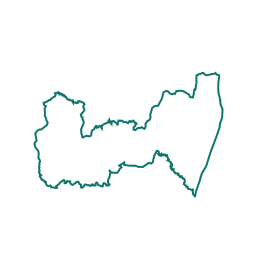 Cape Coast Metropolitan, Central, Ghana, rotated 292°
{"feature_id": "2480657B31989943834082", "entity_name": "Cape Coast Metropolitan", "entity_type": "district", "adm_level": 2, "iso_a3": "GHA", "parent_name": "Ghana", "parent_adm1": "Central", "projection": "albers", "projection_center": [-1.304, 5.176], "detail": "fine", "context": "isolated", "style": "outline", "palette": "teal", "viewbox_px": 256, "rotation_deg": 292, "n_neighbors": 0, "source": "geoboundaries", "source_scale": "gbopen_adm2", "svg_char_len": 5792}
<svg xmlns="http://www.w3.org/2000/svg" viewBox="0 0 256 256"><g transform="rotate(292 128 128)"><path d="M45.2,83.6L46.0,84.6L46.9,83.2L47.4,83.3L47.7,83.8L48.7,84.0L50.0,85.0L51.9,85.4L53.6,86.7L54.9,87.1L55.7,87.9L55.7,88.4L55.1,89.0L53.2,89.8L53.1,90.2L53.8,91.2L56.0,91.4L55.9,92.3L56.7,93.9L56.8,94.5L55.4,95.0L54.9,95.5L54.4,97.7L55.4,98.8L56.5,99.2L57.9,100.3L58.5,100.3L59.6,102.0L57.9,104.1L57.8,105.6L55.9,106.3L55.2,107.0L55.3,107.7L57.4,109.0L57.9,108.7L58.7,109.2L59.3,109.2L59.9,110.4L59.8,112.2L60.5,113.2L60.1,113.8L60.2,114.7L61.2,116.1L61.7,115.5L62.2,115.7L62.5,116.6L62.0,117.2L61.9,118.1L62.6,119.4L63.8,118.8L64.7,119.1L65.6,119.1L65.7,119.8L65.4,120.3L64.0,121.6L64.0,123.3L64.2,124.1L63.9,125.2L64.4,126.2L64.7,125.9L65.3,126.2L66.2,126.0L66.9,126.2L67.3,125.9L67.9,126.2L67.9,127.8L67.4,128.7L66.8,128.9L66.6,129.4L67.1,129.7L67.0,130.7L67.8,131.3L67.7,131.8L68.8,132.0L69.0,130.8L70.4,129.6L72.9,129.0L75.9,129.1L80.0,128.4L80.8,127.8L81.7,126.1L81.5,127.4L80.4,129.2L80.4,129.6L81.2,131.2L81.6,133.1L82.2,134.0L82.5,134.9L85.0,135.6L86.5,135.5L89.2,136.7L89.6,136.0L89.9,134.0L91.2,134.8L92.0,135.7L94.7,137.4L92.8,138.4L92.4,138.4L93.2,142.1L95.2,147.7L95.6,148.1L96.0,153.0L96.9,154.4L97.2,156.2L103.7,160.5L103.6,162.6L105.4,163.8L112.0,162.7L117.7,163.3L117.9,164.7L117.6,165.3L115.9,166.4L115.4,165.8L115.2,166.6L114.6,166.8L114.5,167.3L115.0,167.5L114.5,167.9L114.5,168.5L115.2,168.2L115.0,169.0L116.6,168.9L116.4,169.3L115.8,169.7L115.7,170.3L115.8,170.5L116.3,170.4L116.7,170.7L116.8,171.2L116.3,172.1L116.5,172.5L117.1,172.0L117.3,172.3L117.1,173.5L117.5,174.2L116.7,174.6L116.2,174.4L116.1,175.4L114.2,177.0L113.1,176.9L113.8,177.8L112.9,178.0L112.4,179.4L112.3,180.8L111.4,181.5L110.9,181.3L110.7,182.7L109.8,182.8L109.4,182.4L108.9,182.8L108.6,181.7L108.0,181.8L107.6,182.6L106.9,182.7L106.6,183.4L106.2,183.5L106.0,183.8L106.6,183.9L106.7,184.2L106.5,184.8L106.8,185.3L106.0,185.3L106.1,185.9L105.4,186.1L104.1,188.1L104.3,188.4L103.7,189.2L103.9,190.2L104.6,190.8L104.4,191.9L103.9,191.8L103.6,192.3L103.1,192.3L103.2,193.2L102.6,193.8L103.1,195.0L102.2,194.7L102.2,195.8L102.7,196.6L101.8,197.6L102.1,197.9L101.9,198.2L102.1,198.5L101.6,199.0L101.6,199.7L99.4,200.9L98.7,200.9L98.3,200.5L97.0,200.7L97.1,201.3L96.4,202.1L96.3,203.3L95.4,203.8L95.9,204.8L95.8,205.2L95.3,205.8L94.7,205.7L94.1,206.5L94.6,208.3L94.3,210.2L95.3,211.1L95.0,211.5L94.6,211.4L93.3,211.8L92.9,212.3L91.7,212.6L90.7,213.6L89.7,215.6L91.0,215.6L94.4,214.8L107.4,214.2L109.2,213.8L113.7,213.5L121.9,214.8L136.7,213.6L153.6,213.2L162.8,212.7L166.6,211.6L172.9,211.4L180.9,208.6L184.2,205.2L188.3,202.9L188.5,203.2L193.8,199.1L198.1,197.0L204.2,194.7L209.8,193.3L211.2,192.2L210.7,191.1L210.9,189.9L211.8,188.5L210.4,187.6L209.6,185.5L208.7,184.7L206.5,181.3L206.3,180.7L206.2,179.8L207.2,177.3L206.8,176.0L205.5,175.3L204.8,173.7L203.2,172.8L202.6,171.8L198.1,173.3L196.3,174.4L192.5,175.1L190.4,175.8L189.7,175.6L188.9,176.1L188.5,175.9L188.5,175.3L187.9,175.2L184.0,176.2L180.7,176.8L179.9,174.0L181.9,172.0L182.8,165.6L182.5,163.2L180.3,159.0L177.2,158.7L177.0,157.3L175.9,156.4L175.6,154.2L177.0,151.2L176.5,149.3L174.4,147.6L167.8,148.4L159.8,147.5L158.5,144.7L155.7,142.9L148.4,143.7L146.6,144.8L144.6,145.0L143.2,144.7L141.7,143.4L138.5,142.6L136.4,143.7L134.4,143.9L133.3,143.4L133.7,141.0L134.0,140.5L132.7,139.5L132.3,138.2L131.5,137.0L128.9,135.6L128.5,134.8L128.6,134.0L129.0,133.5L131.2,132.9L132.1,133.7L133.0,134.0L134.3,133.5L135.1,134.3L135.5,133.6L134.9,133.1L135.9,132.2L136.7,130.5L136.1,130.4L136.3,129.8L135.6,129.6L135.4,128.7L135.2,128.8L134.6,128.2L135.2,127.1L135.0,126.8L132.4,126.2L132.9,123.8L131.7,121.9L131.7,121.3L132.4,120.6L132.6,119.7L132.4,119.0L131.7,118.3L131.8,117.8L131.3,116.4L130.7,116.7L128.9,116.6L126.6,117.6L128.4,115.3L128.6,113.4L129.0,112.9L129.1,111.9L128.2,111.4L128.3,110.8L127.7,110.2L125.6,111.1L126.7,109.3L127.6,108.7L127.6,108.4L127.1,108.3L128.5,107.5L127.5,107.3L127.1,107.6L124.7,106.7L124.3,105.8L120.9,103.0L119.8,103.0L117.8,103.8L118.4,102.8L119.3,102.9L119.9,102.3L119.2,100.7L117.5,100.2L116.5,99.1L116.6,98.9L118.0,98.5L118.1,98.1L117.8,97.5L116.1,97.0L115.4,97.2L114.1,97.0L112.3,95.7L110.7,95.7L107.5,96.6L106.9,96.4L106.4,96.1L105.4,94.3L105.6,93.3L103.7,90.7L102.3,89.9L102.5,88.9L104.1,88.0L105.3,86.9L109.3,85.0L115.4,85.1L117.4,84.5L118.4,83.6L118.8,82.7L120.8,82.0L120.9,80.6L122.9,79.2L123.5,79.8L124.6,79.8L126.7,80.6L128.3,80.9L129.3,80.3L130.6,78.7L132.3,78.3L133.7,78.8L134.7,77.4L134.8,76.6L134.5,75.9L134.8,74.4L134.8,72.8L134.1,71.8L133.3,72.4L132.2,72.0L132.0,71.5L132.4,71.3L131.7,70.1L132.1,69.3L131.5,68.1L130.5,68.1L131.4,67.1L131.9,67.4L133.0,66.6L132.2,65.4L132.4,63.1L132.1,63.1L132.3,62.5L131.8,62.0L131.9,61.1L132.5,60.6L132.6,60.0L133.5,58.9L133.3,58.5L133.4,57.6L134.4,57.2L134.4,56.4L133.6,55.8L133.6,55.3L134.3,55.5L134.6,55.3L134.7,53.8L134.2,53.4L134.5,52.9L134.4,52.5L133.9,52.8L133.6,52.1L134.1,52.1L134.1,51.6L134.5,52.0L134.8,52.0L135.1,50.1L134.0,49.2L133.9,48.5L132.8,47.3L132.0,48.4L129.9,48.4L128.8,47.4L126.6,46.0L124.6,45.3L124.3,44.2L122.3,43.3L121.5,42.0L119.7,40.9L119.7,40.4L118.0,41.4L117.5,43.6L114.6,43.5L110.3,45.6L108.4,46.2L106.1,48.5L104.6,49.4L103.3,51.2L102.5,51.6L100.1,51.6L99.1,51.2L98.6,50.7L94.1,48.2L93.6,46.7L92.8,45.8L91.1,44.7L89.3,44.5L88.3,44.0L82.2,47.9L79.8,47.2L78.6,47.1L78.0,47.3L75.2,49.6L73.4,53.0L71.6,54.4L70.0,55.1L66.9,56.0L65.1,58.3L64.2,59.0L63.4,58.8L61.7,59.1L61.0,59.7L58.7,60.1L58.4,60.6L57.9,60.5L56.8,60.9L55.2,62.2L53.9,61.9L53.3,62.2L52.4,63.6L52.0,63.8L51.8,64.9L51.1,64.2L50.7,64.5L50.4,64.2L50.0,64.4L48.7,66.7L47.9,66.9L47.8,69.4L47.2,69.8L47.1,70.3L47.4,70.9L46.9,71.2L47.1,72.1L46.0,72.3L44.4,74.3L44.2,75.9L45.6,77.5L45.5,78.0L44.2,78.9L45.0,81.1L45.2,83.6Z" fill="none" stroke="#0f766e" stroke-width="2"/></g></svg>